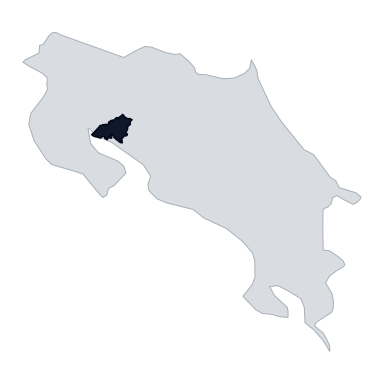 Abangares, Guanacaste, Costa Rica shown in context
{"feature_id": "36466004B17800837418236", "entity_name": "Abangares", "entity_type": "district", "adm_level": 2, "iso_a3": "CRI", "parent_name": "Costa Rica", "parent_adm1": "Guanacaste", "projection": "orthographic", "projection_center": [-85.008, 10.251], "detail": "fine", "context": "in_parent", "style": "filled", "palette": "ink", "viewbox_px": 384, "rotation_deg": 0, "n_neighbors": 0, "source": "geoboundaries", "source_scale": "gbopen_adm2", "svg_char_len": 6278}
<svg xmlns="http://www.w3.org/2000/svg" viewBox="0 0 384 384"><path d="M361.0,196.9L360.4,198.8L358.7,200.8L356.2,202.9L352.9,204.3L344.8,200.2L336.9,195.6L332.6,197.8L331.0,203.8L328.1,207.0L324.5,208.2L323.0,210.3L322.8,230.8L323.2,250.2L329.2,250.6L339.1,257.3L343.4,261.2L344.8,264.8L343.6,266.6L336.3,270.9L329.2,276.3L325.7,283.0L332.0,293.7L333.4,301.0L333.2,308.7L331.5,312.4L317.8,321.3L314.8,324.4L315.2,326.6L322.8,332.6L326.4,338.4L329.5,345.5L329.9,351.6L323.0,340.3L313.4,329.5L305.0,322.8L304.3,307.2L300.9,298.7L288.4,291.0L277.7,285.6L269.7,286.7L274.6,295.7L287.2,307.2L288.1,311.6L287.9,317.5L279.3,316.6L271.6,314.3L262.3,313.5L256.1,310.0L242.9,296.3L252.2,284.6L255.1,276.8L254.8,260.9L252.6,253.1L242.5,241.4L226.4,228.5L203.8,218.0L193.2,209.5L166.9,203.0L156.9,198.7L149.0,190.7L147.9,184.9L150.6,176.0L143.3,164.8L112.0,142.6L94.5,134.4L90.7,129.6L88.0,128.1L90.6,143.4L98.3,152.7L118.3,161.3L123.8,166.3L126.0,172.8L114.4,185.3L108.5,188.5L106.7,195.3L102.9,197.4L98.9,193.4L82.7,173.8L51.4,164.4L45.7,158.6L34.1,140.7L28.8,124.4L30.7,113.5L43.6,96.6L47.6,89.2L46.8,84.6L47.3,77.9L42.5,73.3L30.6,67.1L23.0,62.2L25.1,59.8L38.8,53.3L39.6,47.4L39.6,45.4L41.8,45.0L43.8,43.4L45.0,41.8L48.7,36.1L52.0,32.9L55.7,32.4L60.3,34.7L77.4,40.9L96.5,47.7L123.7,57.5L134.9,51.2L144.6,46.5L151.4,47.1L166.0,52.7L174.8,54.4L180.2,53.8L189.5,61.9L194.6,68.0L195.5,72.1L198.3,74.3L205.6,74.7L223.5,78.8L234.4,78.0L244.2,73.6L249.7,68.3L251.3,60.0L253.8,64.1L256.8,70.5L258.1,78.7L271.1,106.3L281.4,121.7L304.0,149.6L313.7,154.7L330.2,177.2L335.9,180.9L339.2,187.6L356.2,192.9L361.0,196.9Z" fill="#d9dde1" stroke="#a8b0b8" stroke-width="1"/><path d="M119.6,116.9L119.3,117.5L119.0,117.7L118.8,117.8L118.7,118.2L118.7,118.3L118.4,118.1L118.0,118.0L117.9,117.9L117.6,117.8L117.4,117.6L117.2,117.6L116.9,117.9L116.4,117.9L116.2,117.8L115.9,118.0L115.8,118.4L115.6,118.6L115.2,118.8L115.0,119.1L114.9,119.2L114.8,119.3L114.7,119.3L114.6,119.5L114.4,119.6L114.0,119.8L113.5,120.2L113.1,120.3L112.9,120.5L112.7,120.5L112.6,120.4L112.5,120.2L112.3,120.2L112.0,120.4L112.0,120.5L111.9,120.7L111.8,120.8L111.7,120.8L111.4,120.7L111.2,120.5L110.8,120.6L110.7,120.6L110.5,121.0L110.2,121.2L110.1,121.3L110.0,121.5L109.8,121.6L109.6,121.8L109.3,121.7L109.2,122.0L108.6,122.3L108.6,122.9L108.7,123.1L108.7,123.5L109.0,123.5L108.9,123.8L108.9,124.0L108.7,124.3L108.6,124.2L108.4,124.1L108.3,124.5L108.2,124.5L108.1,124.8L108.0,125.0L107.8,125.1L107.5,125.0L107.3,124.9L107.2,124.9L106.8,124.8L106.9,124.7L106.6,124.7L106.3,124.5L106.2,124.4L105.7,124.3L105.3,124.3L105.2,124.4L105.3,124.4L105.2,124.5L104.9,124.7L104.5,124.7L104.2,124.9L104.0,124.7L103.9,124.7L103.5,124.7L103.4,124.6L103.1,124.6L102.6,124.7L102.6,124.8L102.4,125.0L102.1,125.2L101.9,125.3L101.6,125.4L101.6,125.7L101.4,125.7L101.0,125.5L100.8,125.5L100.6,125.5L100.3,125.5L100.1,125.7L99.9,125.7L99.9,125.8L99.9,126.0L93.2,133.3L92.8,133.5L92.5,133.9L92.4,134.0L92.2,134.1L92.0,134.4L91.9,134.5L91.7,134.7L92.5,135.3L92.6,135.6L92.8,135.7L93.3,135.9L93.6,136.0L94.9,136.6L95.0,136.7L95.5,136.7L95.9,136.7L96.1,136.8L96.3,136.8L96.4,136.7L96.7,136.7L96.9,136.9L97.1,137.1L97.3,137.3L97.8,137.3L98.1,137.2L98.3,137.2L98.4,137.3L98.9,137.6L99.0,137.7L99.4,137.9L99.6,137.9L99.8,138.0L100.0,138.0L100.3,138.0L100.5,138.0L100.8,138.0L101.0,138.0L101.0,137.8L101.1,137.7L101.1,137.4L101.4,137.0L101.7,136.8L102.2,136.7L102.3,136.6L102.5,136.5L103.2,136.5L103.3,136.5L104.2,136.7L104.7,137.0L104.9,137.0L105.0,137.2L105.0,137.3L104.7,137.5L104.7,137.8L104.7,138.0L104.9,138.4L105.0,138.5L105.6,138.9L106.1,139.2L106.7,139.7L107.2,139.7L107.3,139.6L107.5,139.2L107.4,139.0L107.2,138.8L106.9,138.5L106.8,138.4L106.9,138.2L107.2,138.1L107.4,138.1L107.7,138.2L107.8,138.1L107.6,137.6L107.7,137.4L107.8,137.3L108.1,137.5L108.3,137.7L108.4,137.4L108.5,137.5L108.7,137.3L108.8,137.3L109.0,137.4L109.2,137.7L109.6,138.0L109.8,138.0L110.1,138.0L110.3,137.8L110.5,138.0L111.2,138.1L111.4,138.2L111.6,138.1L111.7,137.9L111.6,137.7L111.7,137.1L111.3,137.1L111.1,136.9L111.0,136.7L111.0,136.1L110.9,136.0L110.8,135.9L110.9,135.7L110.7,135.7L110.8,135.1L110.6,135.0L110.5,134.9L111.0,134.5L111.1,134.3L111.4,134.2L111.5,134.2L111.7,133.9L111.9,133.9L111.9,134.0L111.7,134.4L111.5,134.6L111.9,135.1L112.1,135.3L112.8,135.5L113.0,135.7L113.6,136.0L113.9,136.3L114.1,136.5L114.3,136.9L114.3,137.2L114.2,137.3L114.1,137.5L114.4,137.9L114.5,138.0L114.9,138.3L115.2,138.5L115.4,138.6L115.7,138.8L116.4,139.2L116.6,139.5L116.6,139.9L117.2,140.1L117.6,140.4L117.8,140.6L118.3,140.8L118.5,141.0L118.8,141.2L119.0,141.6L119.3,141.8L119.6,142.1L120.4,142.5L120.6,142.6L121.6,142.7L121.9,142.8L122.1,142.9L122.6,142.9L122.4,142.8L122.4,142.7L122.1,142.7L122.1,142.4L122.1,142.2L122.1,141.9L121.9,141.7L121.8,141.4L122.0,141.3L122.1,141.2L122.1,140.9L122.1,140.7L122.0,140.3L121.8,140.1L121.7,140.0L121.7,139.9L121.8,139.7L121.8,139.2L121.4,139.1L121.5,138.9L121.4,138.7L121.5,138.4L121.6,138.2L122.2,137.9L122.5,137.7L122.8,137.8L123.0,137.7L123.3,137.4L123.5,136.7L124.0,136.1L124.4,136.0L124.7,136.0L124.9,136.0L125.2,135.9L125.4,135.9L125.7,135.9L125.8,135.9L126.4,135.7L126.5,135.7L126.8,135.4L127.1,135.2L127.2,134.8L127.1,134.6L127.1,134.4L127.2,134.1L127.3,133.9L126.6,133.5L126.3,133.3L126.2,133.2L126.0,132.8L125.8,132.7L125.7,132.5L125.8,132.1L126.0,131.6L126.2,131.4L126.4,131.3L126.6,131.2L126.8,131.1L126.8,130.9L126.9,130.5L127.0,130.1L127.2,129.9L127.3,129.8L127.4,129.7L127.5,129.3L127.6,129.2L127.6,128.9L127.6,128.7L127.5,128.2L127.5,127.9L127.5,127.6L127.6,127.3L128.1,126.6L128.2,126.1L128.5,125.4L129.1,125.2L129.8,125.0L129.9,124.8L130.2,124.4L130.3,124.3L130.3,123.9L130.3,123.7L130.3,123.2L130.2,122.9L130.3,122.4L130.4,121.9L130.5,121.5L130.7,121.2L130.9,120.7L131.1,120.4L132.0,119.8L131.8,119.5L131.6,119.4L131.0,119.4L130.7,119.3L130.5,119.1L130.4,118.8L130.3,118.7L129.7,118.6L129.3,118.7L128.8,118.7L128.7,118.8L128.3,118.7L128.1,118.6L127.7,118.6L127.0,118.4L126.9,118.3L126.8,118.2L126.7,118.1L125.9,117.8L125.6,117.5L125.1,117.3L125.0,117.2L124.9,117.0L124.6,117.0L124.6,116.9L124.3,116.5L124.3,116.4L124.1,116.3L124.1,116.1L123.9,116.0L123.9,115.8L123.8,115.7L123.6,115.6L123.5,115.4L123.4,115.1L123.2,115.0L123.2,114.9L122.7,114.5L119.8,116.9L119.6,116.9Z" fill="#0f172a" stroke="#020617" stroke-width="1.5"/></svg>